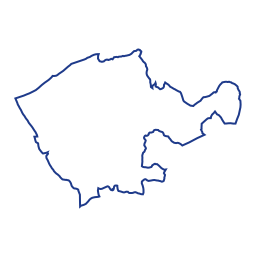 the district of Texhuacán, Veracruz, Mexico
{"feature_id": "50627088B48642687236942", "entity_name": "Texhuacán", "entity_type": "district", "adm_level": 2, "iso_a3": "MEX", "parent_name": "Mexico", "parent_adm1": "Veracruz", "projection": "mercator", "projection_center": [-97.022, 18.616], "detail": "fine", "context": "isolated", "style": "outline", "palette": "blue", "viewbox_px": 256, "rotation_deg": 0, "n_neighbors": 0, "source": "geoboundaries", "source_scale": "gbopen_adm2", "svg_char_len": 5791}
<svg xmlns="http://www.w3.org/2000/svg" viewBox="0 0 256 256"><path d="M80.1,206.5L81.1,205.6L82.4,205.3L83.9,204.8L85.8,203.9L88.1,201.5L89.6,199.6L90.8,198.6L92.2,197.8L94.7,197.2L95.6,197.1L97.6,196.9L98.9,196.7L99.4,196.5L98.6,194.7L98.2,192.6L97.9,190.6L98.3,188.2L99.2,188.7L100.6,189.0L101.9,188.8L107.0,186.5L107.8,186.3L109.1,187.1L109.8,188.4L110.4,189.3L111.1,190.0L111.9,190.2L112.6,190.3L112.9,190.1L112.7,189.7L112.7,189.2L113.5,189.4L113.8,188.7L113.9,187.6L114.1,186.7L114.5,186.0L115.0,185.6L115.7,185.5L116.8,185.5L117.3,185.7L117.3,186.6L117.7,189.3L118.1,190.3L118.5,191.0L119.6,191.2L121.1,191.6L122.8,192.2L123.8,192.4L124.7,192.3L125.4,192.0L126.3,191.7L127.9,191.8L128.5,192.5L129.1,192.9L129.8,193.0L132.0,193.0L133.1,192.8L134.3,192.3L135.5,192.2L136.8,192.7L138.2,193.4L139.2,193.5L140.3,193.9L141.3,194.2L142.9,194.3L143.5,192.7L143.5,191.1L143.5,189.7L143.3,188.1L142.6,185.4L141.8,183.4L141.9,181.5L143.0,180.5L144.0,179.7L144.5,179.4L145.3,179.2L146.3,179.6L147.2,180.4L148.5,180.9L149.9,180.7L151.1,180.5L153.1,180.1L154.4,180.0L157.0,180.5L158.0,180.5L159.2,180.9L160.0,181.0L161.9,181.7L162.9,181.4L163.7,180.9L164.4,178.6L164.3,177.8L164.9,175.6L165.0,174.9L164.4,174.0L163.9,173.1L164.4,171.9L165.8,169.5L164.2,169.7L162.3,168.7L161.2,167.9L159.2,165.9L158.5,165.3L157.7,164.6L157.0,164.1L156.1,164.2L155.6,164.1L155.1,163.8L154.5,163.9L152.2,165.4L151.7,166.6L151.3,167.0L150.2,167.3L149.1,167.6L147.9,167.7L145.3,167.2L144.1,167.2L143.0,166.9L142.4,166.6L141.9,166.2L142.2,163.5L142.4,161.5L142.3,159.9L142.4,157.5L142.3,156.4L142.3,155.3L143.1,152.8L143.6,152.3L144.3,151.8L144.7,151.0L145.0,150.0L145.6,149.1L145.9,148.4L145.8,147.9L145.1,146.6L144.3,145.4L144.4,144.0L144.9,142.7L145.4,141.7L145.7,140.4L145.0,139.4L144.3,138.7L144.0,137.8L144.4,136.6L145.0,135.8L145.6,135.5L146.4,135.8L146.8,135.8L147.6,135.5L148.2,135.0L148.7,134.4L148.7,133.7L149.0,133.2L149.4,132.8L149.9,132.5L150.9,132.6L151.5,132.5L152.4,132.2L153.2,131.9L153.8,130.6L154.3,130.1L155.6,129.8L158.2,130.0L159.0,130.9L159.7,131.2L160.5,131.5L162.5,132.1L163.4,133.3L163.9,135.1L164.5,135.6L165.8,136.1L167.1,136.3L168.3,136.5L169.1,137.9L170.2,139.1L171.7,141.2L173.1,142.1L174.0,142.7L175.3,143.0L176.2,143.1L177.6,142.8L178.6,143.0L180.0,143.7L180.7,144.1L182.3,145.5L189.2,142.4L197.3,138.1L204.5,134.8L202.4,133.2L202.3,132.1L201.0,129.6L201.6,129.0L201.5,128.0L201.7,123.7L206.5,119.4L207.8,118.4L209.3,118.1L210.8,118.1L211.1,116.5L212.1,114.6L213.7,113.1L215.0,111.5L216.3,113.3L217.0,114.3L218.9,115.2L221.0,117.5L222.1,119.6L223.4,121.7L224.6,123.5L226.4,123.5L228.2,123.3L230.5,123.2L233.3,123.6L235.5,123.6L237.0,119.3L238.8,114.8L240.4,107.4L240.6,104.6L240.4,100.8L239.6,99.6L239.0,98.8L239.2,98.4L239.3,98.1L239.3,97.2L239.4,96.4L239.6,95.7L239.8,95.2L240.1,94.7L240.1,94.1L239.7,93.3L239.8,92.4L239.6,91.6L239.3,91.1L239.1,90.8L238.8,90.4L238.5,89.9L237.7,88.1L237.7,87.6L237.6,86.7L237.1,86.1L236.3,85.4L234.7,84.1L233.1,83.4L232.2,83.2L231.3,82.4L230.5,82.3L229.0,81.7L228.1,82.0L227.5,82.0L226.8,81.8L225.2,81.8L222.3,82.4L221.4,83.5L220.4,84.4L219.2,86.0L216.9,90.4L216.8,91.5L216.4,91.8L215.9,91.9L215.6,92.5L215.2,92.4L214.2,92.2L213.4,92.6L212.6,93.4L209.4,95.9L206.7,96.7L205.0,97.1L203.5,97.2L202.9,97.7L201.4,99.5L200.6,100.7L197.3,102.7L195.9,103.8L194.6,104.7L193.3,106.0L190.4,105.6L189.3,104.9L187.4,103.8L184.1,101.5L183.4,100.6L182.3,97.0L181.0,93.2L180.0,91.8L178.8,91.5L177.7,90.9L176.2,90.1L175.3,89.5L173.6,88.7L172.2,87.8L171.1,87.2L170.0,86.6L169.4,85.7L168.5,84.8L167.6,84.1L166.5,83.5L165.2,82.5L164.7,83.7L164.0,84.8L163.9,86.7L163.3,87.8L162.0,88.6L160.8,89.1L160.1,89.2L158.8,88.1L157.9,87.3L156.8,87.0L155.7,86.5L155.7,85.4L155.9,84.2L155.5,82.8L155.0,83.9L153.5,85.0L152.7,85.7L152.3,86.3L152.3,87.3L152.4,88.1L151.0,87.1L150.9,86.5L150.8,84.7L150.2,82.1L150.3,81.0L150.2,80.0L150.0,79.2L149.5,78.8L147.8,76.5L147.1,75.4L146.6,73.8L146.6,72.2L146.9,70.7L147.3,69.7L147.2,69.1L147.1,68.3L146.6,67.2L146.0,66.3L145.9,65.3L145.8,64.4L145.5,63.8L144.6,62.6L143.8,62.1L142.9,61.1L142.2,59.9L139.3,56.2L139.6,55.9L140.8,53.7L140.6,53.3L141.3,52.0L141.3,51.4L141.1,51.2L140.7,50.9L140.4,50.6L140.1,50.5L139.7,50.4L139.7,49.9L138.4,49.5L137.4,49.7L136.3,50.8L135.1,51.0L134.1,51.1L132.3,52.8L131.5,53.7L129.5,54.9L126.2,55.7L125.2,55.8L124.7,56.0L123.8,56.2L123.0,55.9L122.6,56.0L121.5,56.5L118.8,56.7L118.0,57.2L117.4,57.1L116.8,56.9L115.9,57.0L114.1,57.2L112.6,59.3L111.2,58.8L110.0,59.5L108.9,59.8L108.6,60.0L108.2,60.0L107.8,59.7L106.2,59.7L105.0,60.3L103.8,61.4L101.9,61.8L99.6,61.2L98.0,58.6L98.1,55.9L98.7,54.1L98.0,54.1L95.8,54.3L93.9,54.8L91.5,55.9L90.0,56.9L88.6,57.4L87.3,57.8L86.3,58.6L84.6,59.4L71.3,63.9L70.1,65.1L68.0,66.7L63.2,70.9L58.9,73.8L57.7,74.8L56.5,75.6L55.0,75.9L53.7,76.0L52.6,75.9L51.7,77.1L50.7,78.1L48.7,79.9L47.0,81.1L44.7,82.7L41.8,85.0L38.7,87.8L35.8,90.1L32.9,91.6L29.5,93.3L26.9,94.3L23.8,95.6L15.4,98.4L17.3,102.9L17.8,104.5L18.8,106.2L19.6,107.8L20.9,109.9L22.2,112.7L23.2,114.4L24.4,115.9L25.9,118.4L27.6,120.5L28.8,122.8L31.6,126.3L32.6,127.7L33.6,129.3L34.7,131.0L35.4,131.9L37.0,135.1L37.3,136.5L34.4,136.7L34.9,138.4L35.4,140.5L35.9,142.0L36.9,142.7L37.7,143.0L38.1,143.4L38.4,146.0L38.9,147.9L39.3,149.1L41.4,151.9L42.6,153.2L43.0,153.5L46.3,152.8L47.5,152.3L47.3,152.7L47.7,153.1L48.0,153.6L47.7,154.3L46.8,155.2L46.3,156.1L46.4,157.4L46.6,158.4L47.4,159.6L48.3,161.6L49.1,163.5L50.0,165.2L50.9,166.5L52.0,168.4L53.2,169.7L54.0,171.2L55.5,172.8L56.5,173.7L57.6,174.4L58.7,175.4L59.6,176.2L60.3,177.3L61.9,178.9L62.5,179.4L65.7,179.9L66.7,179.9L67.1,180.1L68.1,180.2L68.9,180.5L70.0,181.7L70.9,183.3L71.4,185.0L71.6,185.7L72.1,186.5L73.0,187.5L73.7,188.2L74.7,188.5L75.4,188.5L76.9,188.9L78.2,189.6L78.4,190.8L79.9,194.7L80.0,202.5L80.1,206.5Z" fill="none" stroke="#1e3a8a" stroke-width="2"/></svg>